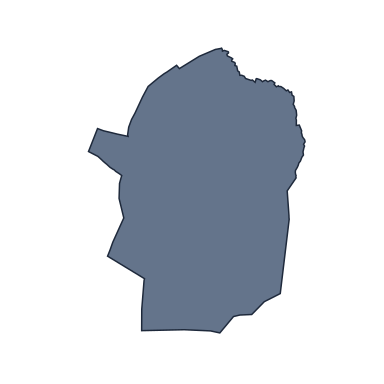 Santa Inés del Monte, Oaxaca, Mexico (Natural Earth projection), rotated 194°
{"feature_id": "50627088B35228848025668", "entity_name": "Santa Inés del Monte", "entity_type": "district", "adm_level": 2, "iso_a3": "MEX", "parent_name": "Mexico", "parent_adm1": "Oaxaca", "projection": "natural_earth1", "projection_center": [-96.856, 16.922], "detail": "fine", "context": "isolated", "style": "filled", "palette": "slate", "viewbox_px": 384, "rotation_deg": 194, "n_neighbors": 0, "source": "geoboundaries", "source_scale": "gbopen_adm2", "svg_char_len": 1905}
<svg xmlns="http://www.w3.org/2000/svg" viewBox="0 0 384 384"><g transform="rotate(194 192 192)"><path d="M166.2,56.5L140.5,61.7L130.9,62.0L121.6,81.2L115.8,84.2L104.4,87.6L95.3,103.1L81.8,114.8L91.1,189.0L91.9,191.3L92.0,191.9L94.3,199.0L99.9,216.1L94.4,230.9L94.9,231.7L95.0,233.2L95.8,234.3L96.6,236.3L96.8,238.1L96.4,239.3L95.8,241.3L95.4,243.6L95.3,246.0L94.3,248.2L93.8,252.3L92.8,254.8L94.0,257.8L94.1,262.2L93.9,263.8L94.9,264.9L95.3,265.3L95.1,266.1L94.4,268.0L95.3,269.9L97.8,271.9L98.7,273.1L99.4,274.8L100.1,275.6L100.5,278.0L104.1,282.9L106.9,281.8L108.1,287.0L109.1,288.8L109.0,289.7L109.0,291.8L110.7,296.5L112.9,298.8L113.2,299.8L115.0,301.6L114.9,305.1L116.3,309.4L118.3,310.2L119.7,313.2L121.4,312.2L123.6,314.2L125.0,313.0L128.1,314.7L131.2,315.8L133.5,315.4L133.9,315.9L135.6,314.5L138.4,316.3L138.0,317.9L141.6,319.4L143.0,319.1L145.0,317.4L147.7,318.3L149.0,317.4L150.3,316.1L152.9,317.4L156.6,317.7L157.1,317.4L157.3,313.7L160.6,315.3L161.6,314.6L167.5,315.1L169.3,316.9L172.0,317.3L173.8,316.8L175.2,319.9L177.0,320.6L179.0,324.9L181.0,325.1L181.1,327.0L181.8,328.0L185.1,328.5L185.4,329.7L184.7,331.0L185.9,331.6L190.6,332.6L191.5,334.1L190.3,335.6L190.4,336.5L190.9,336.9L194.9,337.2L196.5,336.1L197.0,337.4L197.9,338.6L198.3,338.7L198.5,338.4L202.2,336.7L203.8,336.0L217.7,325.5L234.1,308.7L237.6,311.2L245.4,302.3L247.6,300.1L252.4,294.3L260.1,283.8L263.0,272.2L266.4,254.7L268.2,247.7L269.1,239.6L268.3,231.9L267.5,230.5L270.3,230.4L278.5,230.1L283.4,230.1L292.7,230.0L299.0,230.7L302.2,206.2L291.9,203.8L287.1,201.2L285.8,200.4L282.4,198.7L281.8,198.5L279.3,197.1L277.5,196.1L274.3,195.0L273.8,194.8L273.2,194.8L272.7,194.6L271.1,193.6L268.5,192.7L266.8,192.1L266.6,192.0L264.2,191.0L264.4,182.8L261.2,168.1L251.9,150.3L256.7,124.1L257.5,115.8L258.4,109.3L217.1,96.4L217.1,94.5L212.4,66.1L207.3,45.3L166.2,56.5Z" fill="#64748b" stroke="#1e293b" stroke-width="1.5"/></g></svg>